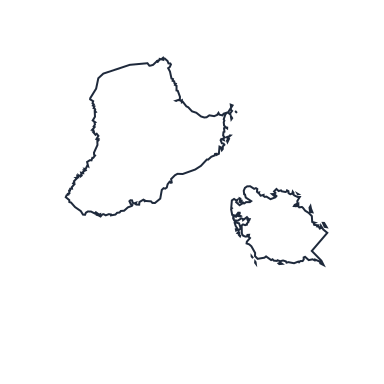 outline of Bombana, Sulawesi Tenggara, Indonesia, rotated 313°
{"feature_id": "22746128B28760414544557", "entity_name": "Bombana", "entity_type": "district", "adm_level": 2, "iso_a3": "IDN", "parent_name": "Indonesia", "parent_adm1": "Sulawesi Tenggara", "projection": "mercator", "projection_center": [121.865, -4.925], "detail": "fine", "context": "isolated", "style": "outline", "palette": "slate", "viewbox_px": 384, "rotation_deg": 313, "n_neighbors": 0, "source": "geoboundaries", "source_scale": "gbopen_adm2", "svg_char_len": 6097}
<svg xmlns="http://www.w3.org/2000/svg" viewBox="0 0 384 384"><g transform="rotate(313 192 192)"><path d="M218.1,46.4L211.3,45.9L202.2,51.4L191.2,53.6L190.3,54.3L191.0,57.8L189.0,58.8L189.1,60.4L187.6,60.6L188.1,62.2L186.2,62.9L186.6,64.1L186.1,65.2L184.9,65.5L184.9,67.1L183.8,66.7L180.9,69.7L176.6,70.6L177.0,73.6L176.3,73.3L175.2,75.0L172.9,75.4L173.1,76.5L169.3,76.6L170.0,77.7L169.1,79.3L168.4,78.9L168.0,82.4L169.6,82.6L169.2,85.3L165.7,86.0L166.7,87.3L165.7,87.4L166.1,88.3L164.3,88.4L161.9,90.8L153.9,93.5L152.4,95.1L152.6,96.2L149.6,96.5L149.0,95.8L146.6,96.9L145.6,95.6L142.4,94.8L140.0,98.5L139.8,97.4L136.4,98.5L135.8,97.7L135.6,98.8L134.8,98.3L135.0,99.3L132.8,98.4L131.6,99.6L130.5,97.7L128.9,100.1L127.5,99.9L128.0,98.9L126.7,98.4L126.7,97.4L125.6,98.4L125.4,97.2L124.2,98.4L123.3,97.6L123.4,98.5L119.4,98.3L119.0,99.2L117.3,99.2L117.6,100.7L113.5,100.8L112.6,102.0L111.3,100.7L109.9,101.8L109.2,101.2L107.5,103.2L106.1,102.5L105.8,103.3L104.1,102.5L102.1,103.2L102.4,107.7L101.0,109.2L101.8,110.7L101.2,116.7L102.2,123.7L101.1,127.7L102.4,129.3L104.5,128.5L106.7,129.1L108.8,131.4L110.0,135.6L111.2,135.7L111.5,134.7L112.1,139.4L112.9,139.8L111.4,140.6L111.7,141.8L114.4,141.7L115.5,142.5L116.1,144.8L119.1,146.3L120.3,148.1L119.7,148.7L123.3,151.4L125.7,151.4L127.6,153.0L129.6,152.9L132.0,155.1L137.1,155.6L140.8,157.5L141.8,157.3L141.4,155.4L142.6,152.5L144.0,152.6L145.0,153.9L143.7,156.0L144.3,157.5L146.1,158.4L144.7,159.0L144.8,159.8L146.7,162.0L148.8,160.4L153.3,161.7L153.7,163.4L152.2,163.6L153.5,163.8L157.2,168.4L157.0,170.5L158.7,172.4L165.5,173.3L172.9,168.5L175.4,168.6L176.2,170.1L178.1,170.5L181.0,168.9L184.2,168.6L184.3,170.3L185.1,170.7L187.2,167.9L192.7,168.1L195.4,169.0L198.8,172.9L210.6,179.0L217.2,180.7L225.9,180.7L226.7,181.7L231.0,182.1L234.1,183.6L235.6,182.9L236.7,183.9L236.0,184.7L238.3,185.6L243.9,181.2L244.3,182.6L242.9,185.3L244.4,185.2L246.4,183.4L248.6,183.5L248.9,182.1L248.0,180.6L249.4,177.6L250.7,177.3L251.7,179.8L252.4,178.3L254.2,178.8L254.5,176.3L257.2,174.2L258.2,174.6L260.5,171.9L262.2,172.5L262.5,174.3L263.1,173.8L262.4,172.6L262.5,170.1L264.7,167.6L266.3,167.0L266.8,165.6L271.7,163.4L274.5,163.7L270.8,161.7L268.8,162.0L267.2,159.2L267.9,157.4L265.5,157.8L262.6,156.5L259.9,152.4L256.6,151.7L254.9,150.2L253.4,147.1L252.9,141.1L251.0,137.0L251.4,131.4L250.8,129.5L251.7,123.8L250.7,123.4L252.2,122.0L251.0,121.6L250.6,120.1L249.2,118.8L247.8,118.3L247.7,118.0L251.4,120.0L253.4,118.3L256.3,112.6L255.7,111.4L259.1,108.3L258.7,106.5L260.1,106.3L259.6,105.0L260.8,103.5L260.1,102.0L261.6,101.1L261.0,99.6L265.1,93.7L266.3,90.1L268.2,90.5L270.9,89.6L271.2,88.5L270.0,87.1L271.1,84.8L271.0,80.9L269.8,80.4L270.4,79.3L269.5,79.2L268.9,80.5L267.3,77.6L266.4,78.2L264.6,77.3L264.5,78.2L263.7,78.2L263.3,77.1L258.4,76.8L256.2,75.5L255.3,74.7L255.8,71.6L242.6,59.8L218.1,46.4ZM254.4,318.8L254.1,313.5L255.2,309.4L253.2,310.8L252.4,310.4L253.1,308.4L252.3,307.2L253.7,307.0L251.3,303.8L252.1,302.3L253.4,302.9L252.1,300.3L256.1,296.1L256.3,291.6L255.5,287.5L256.1,283.9L256.0,282.6L253.9,280.9L254.1,279.4L251.3,276.2L252.6,275.9L255.5,277.0L257.2,275.2L261.8,274.2L260.4,272.7L259.3,269.2L259.3,267.4L260.5,267.0L260.9,265.5L259.3,266.4L257.4,265.4L257.0,263.5L258.4,261.9L258.0,260.4L256.9,260.9L255.7,260.3L253.7,257.1L253.9,256.0L251.8,254.7L251.8,251.7L248.4,251.6L248.2,253.6L246.6,253.4L245.1,252.0L245.2,254.8L246.6,255.1L246.6,256.5L244.9,256.6L240.3,254.3L239.4,249.6L238.0,248.5L237.9,247.0L238.7,246.3L236.1,244.7L236.7,241.6L237.4,241.3L236.4,240.5L236.5,239.3L238.7,237.7L238.4,236.1L236.7,235.3L235.9,230.7L233.8,228.5L231.1,227.9L228.2,229.0L225.9,231.7L226.3,232.5L224.6,235.1L225.7,241.5L224.0,241.2L221.4,238.4L219.4,238.1L218.8,237.4L219.5,235.9L218.5,236.8L214.8,235.8L214.7,231.2L217.2,230.5L216.0,230.1L215.6,227.5L213.0,226.9L207.3,231.4L207.4,232.3L206.1,232.3L202.7,237.0L204.6,240.3L208.4,239.9L209.9,241.7L208.7,241.0L207.3,241.8L207.7,244.1L206.9,243.8L205.3,241.1L203.9,241.1L203.2,237.9L201.2,239.8L202.3,240.3L200.9,240.1L200.0,242.1L202.3,245.1L206.4,246.0L207.0,247.6L206.3,248.5L211.1,249.3L210.8,251.9L211.5,252.7L210.4,253.1L209.5,251.7L208.6,253.7L206.1,253.7L205.6,254.4L204.0,253.5L203.1,251.4L200.4,251.0L200.5,252.0L195.5,256.9L194.9,259.1L195.8,261.5L196.9,262.5L198.4,261.8L199.6,262.9L197.9,263.9L197.9,265.8L193.1,266.0L191.6,267.0L192.7,269.5L192.8,272.4L190.5,279.7L188.1,281.8L187.9,285.6L193.4,289.8L195.4,290.1L196.2,296.3L197.7,296.8L197.6,298.6L199.5,301.1L200.4,301.1L201.5,303.7L204.0,305.3L205.3,308.0L204.8,309.3L206.4,310.3L209.5,315.2L213.6,317.2L213.6,318.2L215.3,318.3L216.9,320.0L218.9,319.7L220.3,318.3L221.7,318.9L221.8,323.8L225.0,326.1L225.7,328.4L226.5,328.0L228.3,333.1L227.3,334.5L228.3,338.1L230.0,333.5L230.6,319.8L254.4,318.8ZM198.6,252.5L201.2,247.8L199.8,245.3L199.9,243.6L198.6,244.1L196.9,247.2L195.7,252.2L198.6,252.5ZM259.3,293.9L260.9,290.5L262.5,288.2L260.7,288.6L258.0,292.0L259.3,293.9ZM280.0,163.1L274.7,164.1L274.7,167.4L275.6,166.3L278.6,166.0L278.6,164.4L280.0,163.1ZM258.1,314.5L259.5,309.7L258.7,308.8L257.0,312.8L258.1,314.5ZM256.0,180.1L255.2,182.2L253.3,182.7L252.7,183.9L256.2,182.8L256.2,181.9L258.0,181.1L256.0,180.1ZM200.9,306.9L200.6,304.7L198.8,304.0L198.8,305.0L200.9,306.9ZM111.4,140.1L111.0,136.1L110.8,136.0L110.2,137.7L111.4,140.1ZM283.0,162.6L282.3,160.8L280.4,163.1L283.0,162.6ZM194.7,254.1L194.3,253.3L192.9,253.3L193.5,255.1L194.7,254.1ZM194.7,249.4L193.9,250.6L195.4,251.1L195.6,249.8L194.7,249.4ZM273.4,171.0L274.1,168.5L272.0,171.2L273.4,171.0ZM192.9,257.1L192.6,255.0L192.4,257.3L192.9,257.1ZM183.1,287.5L184.1,286.3L184.2,285.7L183.3,286.4L183.1,287.5ZM219.0,233.5L218.3,233.4L217.3,233.6L217.7,234.6L218.6,234.4L219.0,233.5ZM185.3,281.8L185.7,279.4L185.5,279.6L185.3,281.8ZM219.1,232.1L220.1,231.8L219.9,231.2L219.1,232.1ZM219.6,234.2L219.2,233.6L218.6,235.0L219.6,234.2ZM280.5,170.9L280.7,168.8L280.6,168.4L280.5,170.9ZM254.4,278.4L255.0,278.7L255.4,278.3L254.4,278.4ZM259.3,181.2L258.7,181.5L259.6,181.6L259.3,181.2ZM262.5,271.0L262.9,271.3L262.7,270.4L262.5,271.0Z" fill="none" stroke="#1e293b" stroke-width="2"/></g></svg>